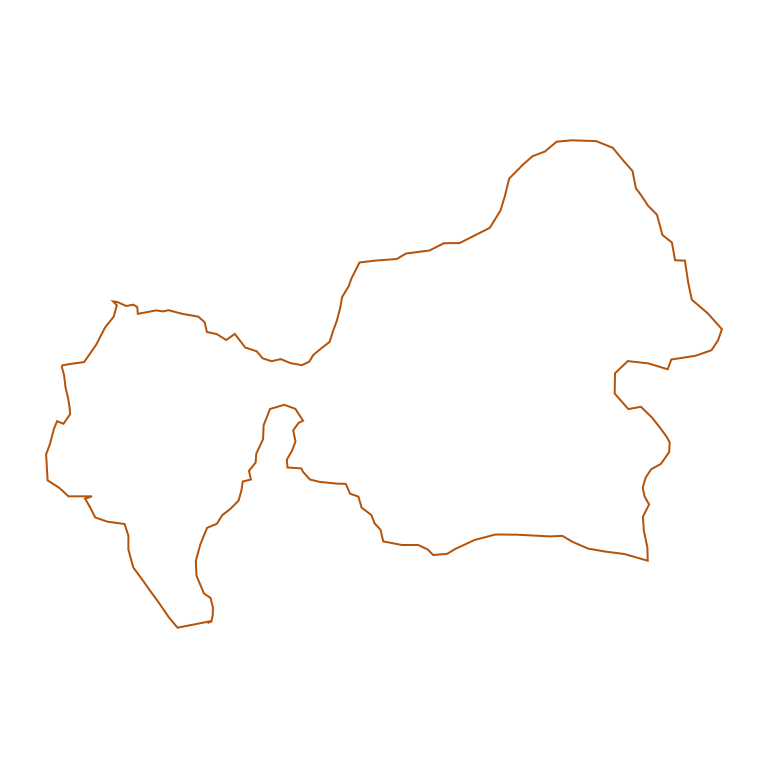 outline of Avdellero, Larnaca, Cyprus
{"feature_id": "46923920B64317090827038", "entity_name": "Avdellero", "entity_type": "district", "adm_level": 2, "iso_a3": "CYP", "parent_name": "Cyprus", "parent_adm1": "Larnaca", "projection": "orthographic", "projection_center": [33.555, 35.006], "detail": "fine", "context": "isolated", "style": "outline", "palette": "amber", "viewbox_px": 768, "rotation_deg": 0, "n_neighbors": 0, "source": "geoboundaries", "source_scale": "gbopen_adm2", "svg_char_len": 2421}
<svg xmlns="http://www.w3.org/2000/svg" viewBox="0 0 768 768"><path d="M209.0,622.4L211.4,621.5L212.8,614.7L212.9,607.2L210.5,598.0L203.9,593.4L196.5,575.7L195.8,561.0L200.3,544.5L207.1,527.8L216.8,523.8L222.3,515.1L230.1,509.1L238.6,500.6L241.4,490.5L242.8,481.5L250.9,479.5L249.0,470.8L255.6,462.6L256.3,453.6L263.1,439.1L263.6,425.4L270.0,409.0L284.2,404.8L295.3,408.8L303.1,420.7L298.6,422.9L293.2,430.3L295.5,441.6L291.9,451.0L286.8,459.7L287.5,467.5L301.2,468.4L303.3,472.2L309.9,479.5L319.2,481.8L336.4,483.6L345.8,483.9L350.1,493.7L358.4,496.6L361.6,507.6L371.4,515.1L374.6,523.4L380.5,529.7L383.2,541.4L401.8,545.0L418.1,545.0L427.6,549.4L433.2,555.0L447.2,553.8L455.0,549.1L474.5,540.0L495.3,534.5L516.9,534.7L549.8,536.4L562.4,535.9L572.6,541.9L588.1,548.6L606.0,551.7L624.3,554.0L647.7,560.7L647.4,547.6L643.8,530.4L642.9,516.7L649.1,504.5L644.6,496.5L642.7,487.8L645.5,477.9L651.1,469.3L661.0,463.8L669.2,452.0L669.4,447.7L669.5,445.5L669.7,442.5L666.6,436.7L661.0,429.0L652.0,417.5L640.9,406.8L628.4,409.1L614.7,393.6L615.0,373.3L627.8,361.1L648.4,363.4L667.7,369.3L671.3,359.5L695.4,355.8L711.5,350.2L718.0,340.4L721.9,329.2L707.5,313.1L691.8,299.7L688.2,282.6L684.9,260.6L675.1,260.3L671.9,242.5L662.4,235.0L657.0,214.8L648.1,205.8L640.8,194.8L635.9,188.3L632.5,171.0L622.9,160.1L612.8,147.8L596.0,141.1L571.5,140.3L564.3,141.0L556.6,141.7L544.9,151.5L532.5,156.2L523.1,164.5L509.2,178.5L504.9,196.0L500.5,210.5L489.8,227.8L459.5,243.1L443.9,243.2L429.4,250.5L406.1,253.5L396.7,259.0L374.2,260.7L359.5,262.5L351.3,278.8L348.8,286.0L342.1,297.1L340.4,307.0L336.9,320.6L333.3,330.3L329.6,341.9L319.1,350.1L313.2,355.1L309.3,361.6L301.9,365.2L290.4,363.1L280.8,359.1L271.6,361.2L262.6,358.3L256.7,351.3L245.2,347.5L234.8,333.9L226.2,340.0L216.8,334.1L206.9,332.0L204.6,322.1L198.2,316.6L182.5,313.9L168.6,310.2L163.0,311.4L155.9,310.4L148.9,311.8L137.8,313.8L137.3,307.1L133.5,304.7L126.1,306.0L121.8,304.0L117.8,302.2L113.2,301.4L116.8,305.3L113.8,316.5L105.0,327.6L96.2,344.7L84.1,362.1L72.0,363.7L62.5,365.3L61.8,366.6L64.1,375.4L65.5,387.3L68.1,398.3L69.7,408.2L70.1,414.2L63.5,423.8L57.1,421.2L53.9,428.9L50.0,443.9L46.1,454.3L47.6,480.4L59.2,487.8L68.5,496.3L92.0,496.3L85.1,498.7L90.0,507.2L95.3,517.5L107.6,521.7L124.6,524.0L128.4,535.8L128.4,549.6L133.3,567.5L142.8,580.4L150.2,590.9L157.7,601.1L168.8,617.2L177.5,627.7L209.4,621.4L209.0,622.4Z" fill="none" stroke="#b45309" stroke-width="2"/></svg>